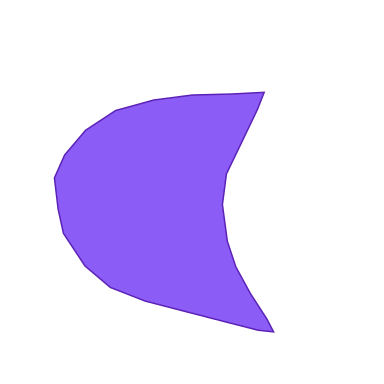 Nioki, Bandundu, Democratic Republic of the Congo (Equal Earth projection), rotated 114°
{"feature_id": "63176286B71096802464930", "entity_name": "Nioki", "entity_type": "district", "adm_level": 2, "iso_a3": "COD", "parent_name": "Democratic Republic of the Congo", "parent_adm1": "Bandundu", "projection": "equal_earth", "projection_center": [17.684, -2.697], "detail": "fine", "context": "isolated", "style": "filled", "palette": "violet", "viewbox_px": 384, "rotation_deg": 114, "n_neighbors": 0, "source": "geoboundaries", "source_scale": "gbopen_adm2", "svg_char_len": 475}
<svg xmlns="http://www.w3.org/2000/svg" viewBox="0 0 384 384"><g transform="rotate(114 192 192)"><path d="M286.6,60.6L277.6,71.9L260.9,97.5L242.5,121.6L222.6,139.7L191.1,159.1L161.5,167.9L128.9,166.9L90.1,165.8L71.6,166.6L86.5,195.9L103.3,231.2L123.4,264.2L148.6,294.9L178.8,314.3L209.9,323.4L235.1,323.4L262.0,307.4L282.1,292.6L303.1,259.7L312.4,227.8L310.7,190.3L303.1,144.8L296.4,104.9L291.4,75.4L286.6,60.6Z" fill="#8b5cf6" stroke="#5b21b6" stroke-width="1.5"/></g></svg>